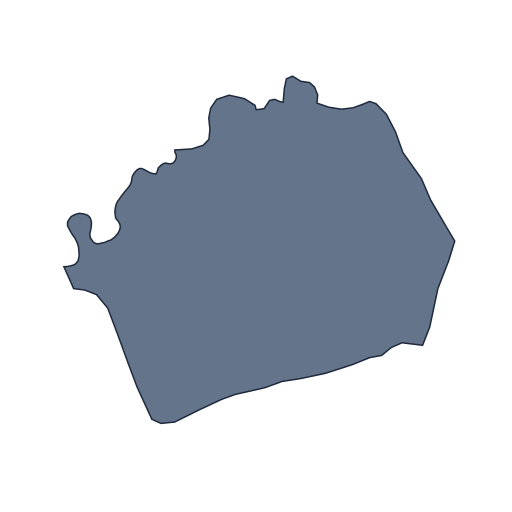 the district of Aguas Corrientes, Canelones, Uruguay, rotated 12°
{"feature_id": "84410073B95258076060136", "entity_name": "Aguas Corrientes", "entity_type": "district", "adm_level": 2, "iso_a3": "URY", "parent_name": "Uruguay", "parent_adm1": "Canelones", "projection": "natural_earth1", "projection_center": [-56.387, -34.527], "detail": "fine", "context": "isolated", "style": "filled", "palette": "slate", "viewbox_px": 512, "rotation_deg": 12, "n_neighbors": 0, "source": "geoboundaries", "source_scale": "gbopen_adm2", "svg_char_len": 2127}
<svg xmlns="http://www.w3.org/2000/svg" viewBox="0 0 512 512"><g transform="rotate(12 256 256)"><path d="M437.5,308.7L439.0,299.8L440.7,289.4L440.7,249.9L445.5,220.3L447.3,200.1L437.9,189.9L415.0,164.7L401.7,145.9L378.2,124.3L366.6,105.5L354.0,90.2L341.6,82.0L335.0,81.2L328.4,85.7L320.2,90.8L309.2,94.6L296.3,95.3L283.9,93.8L282.8,85.5L278.0,78.5L272.4,75.2L263.6,75.8L254.3,72.5L248.9,76.4L248.9,86.2L250.6,100.0L247.3,100.0L241.7,98.9L237.0,101.0L233.3,110.2L225.8,112.9L223.7,108.8L212.0,104.5L196.3,104.3L185.0,110.9L180.9,121.0L181.1,130.8L184.6,141.8L185.7,151.7L181.3,158.7L170.9,164.6L154.5,169.2L155.2,171.4L156.3,172.9L156.9,173.7L157.6,176.3L157.1,179.5L155.7,182.1L153.3,183.7L150.3,183.9L148.0,183.9L146.2,184.9L144.1,187.1L142.1,190.2L141.9,192.8L141.6,195.2L141.0,196.5L139.1,196.7L136.6,196.8L134.4,196.4L132.5,195.9L130.1,195.1L128.3,194.6L125.8,194.2L123.8,194.7L122.0,196.2L120.5,198.4L119.3,200.9L118.5,203.7L118.5,206.4L118.7,209.4L118.0,213.0L116.4,216.4L114.4,220.1L112.4,224.1L111.1,227.1L110.2,229.3L109.3,231.2L108.5,234.3L108.4,237.3L108.5,240.0L109.0,243.1L109.7,244.8L110.6,247.5L111.9,249.1L113.8,250.5L115.2,252.0L116.2,253.2L117.0,255.1L117.3,257.0L117.1,259.3L116.7,260.9L115.9,263.2L115.1,264.4L114.1,266.6L113.0,267.9L111.8,269.3L110.6,270.6L108.9,271.6L107.0,272.8L105.6,273.9L103.4,275.0L101.0,276.0L99.3,276.9L96.6,277.1L94.2,276.4L92.3,274.7L90.7,273.2L89.5,271.1L88.8,268.7L88.9,265.7L88.8,262.0L88.3,258.2L87.2,255.3L85.6,252.9L83.2,251.3L80.7,250.8L77.6,250.7L74.3,251.0L71.5,252.4L69.2,253.9L66.9,256.0L65.7,258.8L64.9,260.7L64.7,262.8L65.4,265.6L66.9,267.6L68.8,269.8L71.2,272.5L73.3,274.5L75.8,276.9L78.6,280.6L80.5,284.1L81.9,288.7L83.0,292.6L83.0,295.5L82.9,297.7L81.6,300.4L80.3,302.1L78.6,303.2L76.1,304.5L74.0,305.3L73.4,305.6L70.3,306.4L84.4,325.8L95.4,324.9L108.0,326.9L121.8,337.8L136.5,360.7L152.8,386.8L167.0,409.0L188.1,437.4L197.9,439.5L211.0,435.3L232.4,418.3L252.0,403.5L264.3,395.8L292.2,382.9L307.5,373.3L324.9,366.7L348.7,356.1L373.5,341.8L388.2,331.8L399.5,327.2L407.3,317.4L416.9,310.5L437.5,308.7Z" fill="#64748b" stroke="#1e293b" stroke-width="1.5"/></g></svg>